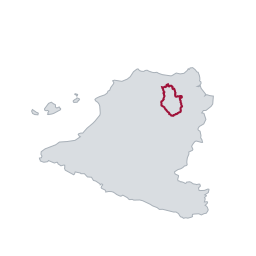 where Córdoba sits in Spain, rotated 194°
{"feature_id": "ESP-5817", "entity_name": "Córdoba", "entity_type": "Autonomous Community", "adm_level": 1, "iso_a3": "ESP", "parent_name": "Spain", "parent_adm1": "", "projection": "orthographic", "projection_center": [-4.923, 37.957], "detail": "fine", "context": "in_parent", "style": "outline", "palette": "rose", "viewbox_px": 256, "rotation_deg": 194, "n_neighbors": 0, "source": "natural_earth", "source_scale": "10m", "svg_char_len": 5849}
<svg xmlns="http://www.w3.org/2000/svg" viewBox="0 0 256 256"><g transform="rotate(194 128 128)"><path d="M134.1,60.5L134.2,61.1L135.3,62.3L138.7,63.0L139.6,63.5L139.5,65.2L138.7,66.7L139.5,67.3L140.3,67.3L141.2,66.1L141.5,66.8L143.0,67.5L146.5,68.7L148.9,68.8L151.5,71.4L155.5,70.7L159.2,73.1L162.6,72.3L163.4,72.8L168.6,72.6L168.8,70.4L169.4,69.5L178.7,71.9L179.9,73.6L179.8,74.5L180.4,76.6L181.6,76.4L183.9,75.1L187.2,76.3L188.1,77.6L188.7,77.6L191.0,76.2L197.4,77.2L197.6,76.2L198.0,75.8L200.6,74.7L201.7,74.4L205.1,74.8L205.6,76.0L206.3,76.4L206.7,77.4L204.8,78.2L204.7,80.0L206.1,81.4L206.5,84.0L203.4,87.7L194.1,94.2L191.1,97.8L183.9,100.1L176.4,103.2L172.1,108.0L173.3,108.3L174.8,109.8L174.4,110.5L172.5,111.7L170.7,112.1L167.7,117.9L163.3,124.0L161.7,126.7L158.4,133.7L158.5,135.7L160.7,142.4L161.8,144.1L163.4,145.5L166.2,146.6L167.0,147.8L166.1,149.1L163.4,151.4L158.6,154.5L156.7,156.8L156.3,159.0L154.9,160.1L154.5,163.2L152.7,167.5L152.7,168.6L154.3,170.1L152.8,171.1L145.2,171.8L140.5,175.3L138.2,178.3L136.3,183.9L133.7,187.2L132.6,187.8L130.7,186.5L128.5,186.3L126.3,186.8L125.2,188.0L123.4,188.7L121.6,188.2L117.9,187.9L116.2,188.0L113.5,189.0L111.3,188.4L107.5,188.1L99.2,188.9L98.2,189.3L94.5,193.0L90.5,193.1L86.9,194.6L84.4,198.2L83.9,200.1L83.2,199.6L82.6,199.8L82.3,201.3L79.8,202.2L77.0,200.9L74.7,199.1L73.4,199.0L71.5,196.2L70.6,194.4L70.0,192.5L70.0,191.1L68.3,190.3L67.9,188.6L69.2,186.3L70.9,185.1L69.3,185.2L68.1,186.6L66.7,184.2L60.8,179.6L61.2,177.9L60.1,179.1L59.4,179.4L56.4,179.2L52.9,179.6L51.6,171.8L52.6,169.1L56.6,163.9L59.1,163.2L60.1,160.5L57.9,160.6L54.5,155.2L55.5,150.3L59.1,146.8L59.7,145.3L59.9,143.9L59.2,142.9L57.3,142.3L55.4,138.4L55.1,136.0L53.5,134.6L52.2,132.1L53.4,131.8L58.4,131.9L59.6,131.3L60.5,129.7L61.5,127.1L61.8,125.5L59.9,123.1L59.9,122.7L60.1,121.9L63.2,119.4L62.6,117.5L63.2,113.4L63.0,111.1L62.7,109.1L61.7,106.6L62.4,105.6L64.0,104.8L65.3,102.8L67.1,101.1L69.4,99.8L72.2,96.8L71.8,95.5L70.9,94.7L67.6,94.1L67.3,93.5L67.4,90.2L66.6,88.9L65.4,89.0L63.5,88.4L63.1,88.8L60.7,88.6L59.1,88.0L58.4,88.5L58.1,89.6L55.3,90.7L53.8,90.6L51.3,89.6L48.4,89.8L48.0,89.6L45.5,90.8L44.7,90.8L43.7,89.2L45.1,86.9L44.0,84.7L43.3,84.6L38.6,86.0L35.9,88.0L34.8,88.2L34.5,87.8L34.5,84.8L37.4,81.7L35.6,81.4L35.8,80.5L37.0,79.1L35.9,77.9L36.0,74.7L33.5,75.6L32.9,75.4L32.9,74.1L34.5,71.6L33.0,71.2L31.8,70.2L30.4,68.0L30.5,66.9L31.4,64.3L33.6,63.2L35.8,61.4L38.6,61.9L43.0,60.5L44.5,59.8L44.5,58.7L44.0,57.8L44.5,57.1L48.1,55.0L50.2,54.9L52.4,53.8L53.8,54.6L55.0,54.4L56.5,55.3L58.3,57.2L61.1,58.1L63.3,57.5L74.7,57.5L77.9,56.6L80.4,57.8L85.2,58.4L88.2,59.4L96.2,61.0L99.2,61.0L105.0,59.4L106.6,59.8L109.0,58.9L110.1,59.1L111.6,60.2L116.8,61.6L118.1,60.3L119.1,60.0L122.8,60.7L126.6,62.2L128.6,62.3L131.4,61.7L134.1,60.5ZM208.9,125.1L210.3,125.6L211.7,124.9L212.5,125.0L213.3,125.3L213.6,126.5L211.0,132.7L208.6,134.5L206.0,133.4L204.5,133.2L204.0,132.8L203.5,130.9L202.8,130.4L201.8,130.2L199.9,131.8L199.3,130.9L198.3,130.8L197.9,130.2L197.9,129.4L203.5,124.3L205.2,123.2L208.7,121.7L209.3,121.8L208.9,122.5L209.5,123.1L208.9,125.1ZM225.6,121.1L225.2,122.8L220.5,121.0L219.0,120.9L218.6,120.6L218.6,119.0L221.6,118.5L224.1,119.0L225.6,121.1ZM185.2,143.7L184.8,144.9L182.5,144.6L182.0,144.2L182.4,142.8L183.0,142.6L183.0,141.7L183.6,140.7L186.7,139.7L187.5,140.3L187.7,141.2L186.0,143.3L185.2,143.7ZM187.8,148.2L187.5,148.5L185.0,148.4L184.9,147.7L185.3,146.5L186.3,147.5L187.7,147.6L187.8,148.2Z" fill="#d9dde1" stroke="#a8b0b8" stroke-width="1"/><path d="M104.7,175.8L103.5,175.8L103.3,176.0L102.6,176.7L102.4,176.9L102.1,176.9L101.5,176.8L101.4,176.8L101.3,177.0L101.1,177.3L101.1,177.9L100.7,178.6L100.9,179.2L99.9,180.0L99.8,179.7L99.1,179.4L98.9,178.3L98.0,178.3L97.4,179.0L96.5,179.5L95.7,179.3L95.4,178.7L94.8,178.7L94.7,178.3L94.5,177.9L94.4,177.1L94.2,176.8L93.9,176.7L93.1,177.3L92.8,177.3L92.2,176.7L91.8,175.7L91.3,175.2L91.2,174.7L90.9,174.1L90.4,173.6L90.5,173.3L90.6,172.4L90.5,172.1L90.3,171.8L90.2,171.8L90.2,171.6L90.2,171.3L90.2,171.2L90.0,170.8L89.8,170.4L89.5,170.1L89.1,170.0L88.7,170.0L87.9,170.4L87.7,170.8L87.2,170.9L86.8,170.9L86.6,170.8L85.3,171.6L84.3,171.9L83.8,171.9L83.4,171.5L83.2,170.7L83.6,170.2L84.8,170.2L84.8,168.8L84.5,168.5L84.4,168.4L84.3,168.2L84.2,167.7L83.6,167.2L83.4,167.0L83.3,166.6L83.3,165.8L83.2,165.6L82.3,164.8L82.1,163.6L80.8,162.2L80.8,161.8L81.4,161.3L81.5,161.2L81.6,160.7L81.7,160.4L81.8,160.2L81.7,159.9L81.7,159.7L81.7,159.3L81.5,159.0L81.5,158.9L81.4,158.8L81.4,158.7L81.3,158.4L81.2,158.2L81.0,157.9L81.1,157.7L81.1,157.4L81.1,157.2L80.9,157.0L80.9,156.9L80.9,156.7L81.0,156.3L81.1,156.2L81.3,156.0L82.0,155.6L82.3,155.5L82.5,155.2L82.8,154.9L83.3,154.6L83.4,154.4L83.4,154.1L83.5,154.0L83.5,153.9L83.8,153.6L84.1,153.3L84.3,153.2L84.6,153.2L84.8,153.3L85.0,153.2L85.1,152.9L85.2,152.7L85.7,152.3L86.4,151.8L86.8,151.7L87.0,151.4L87.0,151.2L86.9,150.9L87.0,150.8L87.2,150.7L88.3,150.7L88.6,150.6L89.0,150.5L89.8,151.2L90.3,151.4L90.7,151.4L90.8,151.4L91.3,151.4L91.5,151.6L91.5,151.9L91.5,152.0L91.5,152.3L91.6,152.5L91.8,152.7L92.1,152.9L92.3,153.0L92.5,153.0L92.8,153.0L93.0,153.1L93.6,153.4L93.8,153.5L94.0,153.8L94.5,154.0L95.0,154.4L95.2,154.6L95.2,154.8L95.4,154.9L95.5,155.0L95.8,155.1L96.0,155.1L96.1,155.3L96.4,155.4L96.8,155.7L97.2,156.2L97.5,156.6L97.6,156.8L97.8,156.9L98.4,157.2L98.8,157.3L99.0,157.3L100.0,157.7L100.2,157.8L100.4,157.7L100.9,157.9L100.9,158.0L101.3,158.9L101.3,159.5L101.4,159.9L101.6,160.3L102.0,161.0L102.0,161.8L101.7,162.0L100.8,163.3L100.7,163.4L100.7,163.9L100.6,164.1L100.3,164.4L100.7,165.1L100.3,167.9L100.4,168.1L100.6,168.3L100.9,168.5L101.1,168.7L101.2,169.5L101.3,169.8L101.8,170.0L102.0,170.2L102.1,170.5L102.0,170.8L101.5,171.3L101.4,171.6L101.6,171.7L101.9,171.8L102.3,172.5L103.0,173.2L103.2,174.0L103.4,174.2L104.1,174.8L104.7,175.8Z" fill="none" stroke="#9f1239" stroke-width="2"/></g></svg>